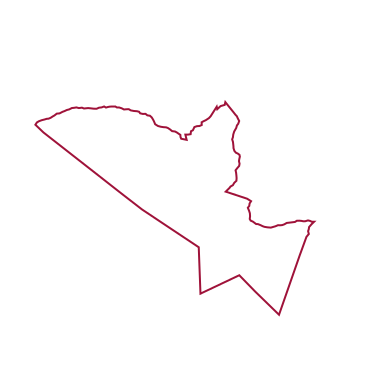 Ipaporanga, Ceará, Brazil (Natural Earth projection), rotated 52°
{"feature_id": "56859067B52253098502550", "entity_name": "Ipaporanga", "entity_type": "district", "adm_level": 2, "iso_a3": "BRA", "parent_name": "Brazil", "parent_adm1": "Ceará", "projection": "natural_earth1", "projection_center": [-40.841, -4.904], "detail": "fine", "context": "isolated", "style": "outline", "palette": "rose", "viewbox_px": 384, "rotation_deg": 52, "n_neighbors": 0, "source": "geoboundaries", "source_scale": "gbopen_adm2", "svg_char_len": 2279}
<svg xmlns="http://www.w3.org/2000/svg" viewBox="0 0 384 384"><g transform="rotate(52 192 192)"><path d="M141.7,110.4L143.5,112.6L141.9,116.6L142.3,121.1L140.0,120.0L143.8,130.7L144.2,133.2L143.9,136.9L143.3,139.5L143.0,141.5L145.2,143.1L144.6,145.5L143.2,147.5L142.3,150.1L143.9,153.3L143.5,155.4L145.6,157.5L144.3,159.8L142.7,161.9L147.6,164.1L143.4,167.7L141.6,167.2L139.8,166.0L137.7,166.7L136.0,167.2L133.9,168.1L131.8,170.2L129.1,170.8L126.7,171.6L125.1,172.6L123.4,174.5L121.4,176.4L119.0,178.2L115.9,179.3L113.0,178.5L111.0,178.1L108.4,177.8L106.0,178.2L104.1,180.0L101.8,180.5L100.2,182.7L98.1,184.4L96.2,184.3L94.5,185.6L92.4,187.9L90.0,190.0L87.9,190.8L86.5,192.6L85.1,194.8L82.7,195.9L80.5,197.4L79.2,199.1L77.4,199.8L75.9,201.8L74.3,203.9L73.3,205.8L72.5,207.8L70.5,208.6L69.7,211.1L68.3,213.4L67.7,215.8L65.9,218.1L63.9,220.1L61.9,222.2L59.7,225.7L57.8,226.8L56.2,229.5L54.2,231.0L53.0,233.2L51.9,234.9L51.3,237.9L50.3,240.2L49.8,242.5L49.1,244.7L48.5,248.0L47.0,250.3L47.0,253.3L46.7,255.3L46.5,257.7L45.9,259.9L44.9,261.4L44.1,263.5L42.9,266.2L42.0,269.0L41.7,271.4L42.6,274.0L53.6,272.4L120.4,255.8L146.3,249.4L151.9,248.0L175.1,242.1L201.7,233.3L239.7,220.7L277.3,247.9L286.7,206.0L309.4,203.5L342.3,199.0L307.9,145.6L306.8,143.8L297.8,129.4L297.0,125.8L294.3,124.6L293.3,123.0L291.7,121.3L291.0,117.7L290.6,114.1L289.2,115.9L287.4,116.8L285.8,118.1L284.7,120.9L283.5,122.4L282.1,123.6L280.6,125.2L279.2,127.1L279.0,129.3L277.2,132.3L274.7,136.4L274.3,139.2L273.6,141.3L272.6,142.9L271.1,144.7L270.4,147.3L269.6,149.3L268.6,151.8L266.2,154.4L264.0,156.4L262.4,157.4L260.3,158.4L257.9,159.8L256.7,161.2L254.5,161.8L252.7,162.3L250.7,163.4L248.8,163.1L246.9,161.2L244.4,159.5L242.0,158.6L238.8,157.7L238.2,155.4L236.5,153.7L235.6,151.1L231.2,152.7L212.5,165.2L212.2,162.8L211.9,160.1L211.4,158.2L211.8,155.6L210.8,153.1L210.5,150.1L208.5,148.3L206.4,146.9L204.0,145.4L201.7,144.3L201.0,141.4L200.5,138.8L199.0,137.1L196.6,136.0L195.1,134.4L193.6,132.5L191.9,131.7L189.8,132.3L188.1,133.2L185.7,133.3L183.0,132.3L181.5,131.2L179.9,130.2L177.8,128.9L175.2,127.9L174.1,126.1L172.1,124.1L170.3,121.5L168.8,117.8L167.2,115.6L166.7,113.6L165.1,111.1L162.3,110.6L159.9,110.0L157.9,110.2L154.8,110.2L141.7,110.4Z" fill="none" stroke="#9f1239" stroke-width="2"/></g></svg>